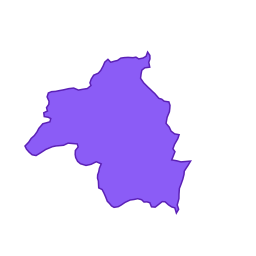 outline of Santo Antônio de Posse, São Paulo, Brazil, rotated 212°
{"feature_id": "56859067B90854909579192", "entity_name": "Santo Antônio de Posse", "entity_type": "district", "adm_level": 2, "iso_a3": "BRA", "parent_name": "Brazil", "parent_adm1": "São Paulo", "projection": "robinson", "projection_center": [-46.947, -22.613], "detail": "fine", "context": "isolated", "style": "filled", "palette": "violet", "viewbox_px": 256, "rotation_deg": 212, "n_neighbors": 0, "source": "geoboundaries", "source_scale": "gbopen_adm2", "svg_char_len": 1853}
<svg xmlns="http://www.w3.org/2000/svg" viewBox="0 0 256 256"><g transform="rotate(212 128 128)"><path d="M207.5,96.3L205.1,93.3L201.4,94.8L198.5,95.1L197.5,91.9L200.1,89.0L202.5,86.5L203.4,80.5L203.1,76.3L203.4,72.0L204.6,67.8L204.7,63.4L205.8,58.1L202.9,56.3L199.0,55.1L195.1,54.5L191.4,55.9L189.3,60.0L186.4,66.2L182.3,72.0L179.6,74.6L177.2,76.4L173.5,79.2L170.8,83.4L162.6,87.6L160.2,85.5L160.7,81.0L158.8,77.6L156.7,75.2L153.0,73.0L149.4,72.5L143.8,74.0L140.1,77.6L137.0,82.6L131.7,83.4L130.9,78.7L129.6,75.3L128.9,72.2L127.3,69.3L125.1,67.4L121.1,61.7L117.3,62.1L114.1,60.2L110.3,57.6L106.7,54.9L103.7,54.2L100.7,53.2L97.8,53.3L94.6,56.1L93.1,58.8L91.0,63.5L88.0,68.1L85.1,70.5L82.3,73.2L78.5,74.4L75.2,73.7L72.8,75.4L69.9,76.2L66.3,73.6L63.0,75.3L61.5,79.5L60.0,83.7L57.4,85.1L53.0,84.3L49.2,84.2L46.0,85.1L41.9,81.5L42.0,85.9L45.5,88.8L47.4,95.1L49.8,99.1L52.4,104.0L53.3,108.7L54.4,113.6L55.9,118.3L57.4,121.2L57.4,124.4L57.3,127.7L57.4,133.1L62.1,129.6L65.2,127.3L69.1,126.1L74.0,124.1L75.6,132.8L78.9,134.2L79.9,138.8L80.1,145.2L81.1,149.4L85.4,147.7L89.9,148.2L93.5,150.6L98.2,152.1L100.5,157.8L101.5,163.7L102.8,166.5L104.4,169.5L107.2,171.8L111.5,169.9L114.7,170.3L117.6,169.5L123.6,171.4L126.4,171.9L129.6,172.6L132.8,173.2L138.7,174.6L143.7,176.8L145.6,180.9L146.9,184.3L145.7,187.9L141.8,191.1L145.2,194.7L146.0,198.2L147.9,201.1L151.6,202.8L150.7,198.4L152.3,195.3L155.5,192.3L158.8,192.3L161.0,190.3L165.4,187.9L168.5,185.7L171.1,183.5L172.7,179.7L174.7,177.7L177.5,174.6L181.4,175.6L182.6,171.6L181.9,167.2L181.6,162.4L182.2,158.8L185.1,154.6L185.1,149.9L184.2,146.1L181.9,144.4L183.4,139.9L187.3,136.5L190.1,133.9L195.2,133.1L199.1,130.0L203.0,126.1L206.2,123.2L208.8,120.7L212.1,118.3L214.1,115.5L213.1,111.5L209.1,108.8L207.7,106.1L207.9,102.1L205.3,99.7L207.5,96.3Z" fill="#8b5cf6" stroke="#5b21b6" stroke-width="1.5"/></g></svg>